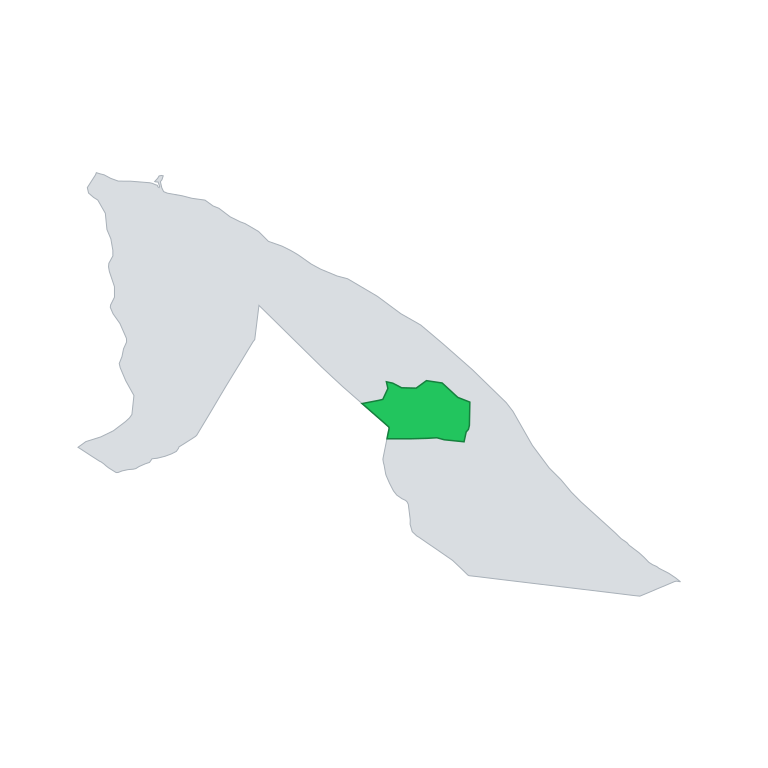 Hiiraan highlighted on a map of Somalia, rotated 277°
{"feature_id": "SOM-2409", "entity_name": "Hiiraan", "entity_type": "Region", "adm_level": 1, "iso_a3": "SOM", "parent_name": "Somalia", "parent_adm1": "", "projection": "equal_earth", "projection_center": [45.352, 4.37], "detail": "fine", "context": "in_parent", "style": "filled", "palette": "green", "viewbox_px": 768, "rotation_deg": 277, "n_neighbors": 0, "source": "natural_earth", "source_scale": "10m", "svg_char_len": 2983}
<svg xmlns="http://www.w3.org/2000/svg" viewBox="0 0 768 768"><g transform="rotate(277 384 384)"><path d="M224.0,698.5L223.4,696.6L220.1,690.9L214.0,680.2L209.3,672.1L204.6,663.8L204.5,657.2L204.5,637.6L204.4,598.2L204.3,558.8L204.2,519.5L204.2,499.8L204.1,491.8L204.6,490.5L210.1,483.3L217.2,473.7L226.7,455.6L231.8,445.7L236.1,437.5L237.2,435.0L240.9,430.0L248.0,427.0L252.4,426.6L267.5,422.8L269.8,421.3L271.1,419.6L272.4,415.7L275.3,410.2L279.1,406.4L286.3,401.5L293.4,397.3L295.0,396.6L303.5,394.0L305.6,393.1L309.0,392.1L310.4,392.1L322.2,393.0L331.4,393.7L340.9,394.5L341.9,393.9L348.6,384.2L359.2,368.6L365.9,358.7L376.3,343.4L384.3,332.3L393.2,320.1L401.8,308.9L412.1,295.5L418.6,287.0L428.7,273.9L438.3,261.4L446.8,250.3L435.0,250.3L423.6,250.3L412.3,250.3L410.3,249.0L400.8,244.7L388.7,239.3L373.8,232.5L363.2,227.7L351.9,222.7L340.4,217.7L331.3,213.7L320.1,208.7L310.4,204.4L309.0,203.3L303.6,196.8L296.5,188.1L295.2,187.9L291.8,186.1L288.7,181.5L285.6,175.5L282.7,168.0L281.5,162.9L277.6,160.8L275.7,156.8L272.2,150.9L269.8,148.0L268.9,145.5L267.8,140.3L265.8,134.6L263.9,131.1L263.5,129.6L263.6,128.6L267.2,120.9L268.8,118.2L270.6,115.6L272.1,112.9L272.7,111.1L277.0,102.1L280.9,94.2L283.9,88.0L290.5,95.1L297.0,109.4L304.6,121.1L315.1,131.9L319.3,135.5L323.0,137.5L342.1,137.2L355.7,127.3L368.0,120.2L372.1,118.7L379.3,120.6L387.2,121.2L394.3,123.4L397.9,122.8L411.9,114.5L420.7,106.5L426.7,103.0L429.1,103.0L437.3,105.9L447.8,104.6L462.2,97.7L466.8,96.3L470.3,96.2L478.1,99.3L479.4,99.1L483.6,98.6L494.8,95.2L503.5,90.2L519.5,86.6L531.7,77.5L533.8,73.0L537.5,67.5L542.8,65.6L556.5,72.2L558.7,72.7L558.0,76.6L557.5,80.7L554.8,87.7L553.0,95.6L554.4,107.5L555.2,127.0L554.9,129.8L554.0,132.6L553.6,134.8L552.2,135.5L551.5,136.8L552.6,137.3L556.9,135.2L556.8,132.8L557.0,131.7L560.6,134.3L563.1,135.4L563.9,137.8L563.7,139.5L559.7,138.7L557.6,137.4L551.7,139.5L548.1,141.8L547.0,145.7L546.2,160.9L544.9,170.8L544.7,183.9L539.9,192.6L538.3,198.7L531.2,210.9L527.5,221.4L526.3,226.5L520.1,240.9L511.5,251.9L508.4,266.0L505.3,274.8L501.8,282.9L494.2,297.1L490.3,307.0L485.5,324.2L484.0,335.1L470.2,366.8L455.9,392.0L447.0,413.3L430.9,437.9L409.1,469.8L380.4,507.6L372.6,515.3L341.2,538.7L320.8,558.2L310.4,571.5L299.5,583.1L290.8,594.2L264.6,631.4L261.9,634.9L259.4,638.2L256.1,644.5L253.8,647.0L247.6,657.7L243.7,663.2L239.3,668.6L237.4,672.5L236.1,676.9L234.6,679.4L230.7,690.0L227.2,696.9L223.8,702.4L224.0,698.5Z" fill="#d9dde1" stroke="#a8b0b8" stroke-width="1"/><path d="M341.0,394.5L342.0,393.9L344.7,390.0L346.7,387.1L350.4,381.6L354.1,376.1L357.8,370.7L361.5,365.2L361.9,364.6L367.2,381.0L368.6,384.7L380.0,388.4L386.5,386.1L385.9,392.6L382.4,401.9L383.8,416.4L392.5,425.7L392.1,441.6L381.4,456.5L379.7,458.9L376.5,471.4L353.3,473.8L349.2,473.3L346.4,471.4L336.4,470.5L336.0,450.5L337.1,443.0L335.3,433.2L332.9,417.3L330.0,393.7L331.9,393.8L333.7,393.9L335.5,394.1L337.3,394.2L339.1,394.4L341.0,394.5Z" fill="#22c55e" stroke="#15803d" stroke-width="1.5"/></g></svg>